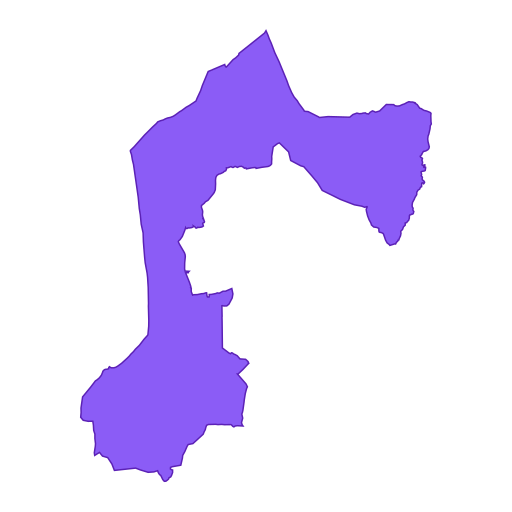 outline of Gairo, Morogoro, United Republic of Tanzania
{"feature_id": "72390352B71030681800047", "entity_name": "Gairo", "entity_type": "district", "adm_level": 2, "iso_a3": "TZA", "parent_name": "United Republic of Tanzania", "parent_adm1": "Morogoro", "projection": "natural_earth1", "projection_center": [37.057, -6.228], "detail": "fine", "context": "isolated", "style": "filled", "palette": "violet", "viewbox_px": 512, "rotation_deg": 0, "n_neighbors": 0, "source": "geoboundaries", "source_scale": "gbopen_adm2", "svg_char_len": 6076}
<svg xmlns="http://www.w3.org/2000/svg" viewBox="0 0 512 512"><path d="M95.4,380.9L91.0,386.7L82.6,396.9L81.0,408.0L81.1,412.6L80.7,417.3L83.2,420.3L88.2,421.3L92.8,421.2L93.4,425.1L93.7,430.4L94.9,434.1L94.9,438.6L95.5,443.7L95.3,446.3L94.3,452.8L94.7,455.4L99.5,452.4L102.5,456.1L107.7,457.6L111.9,464.0L114.4,470.4L135.6,468.1L140.3,469.9L148.1,472.3L153.9,471.9L157.6,470.7L158.2,472.4L159.0,473.8L159.8,474.8L160.7,475.3L162.8,479.6L164.3,481.3L165.9,481.2L167.4,480.1L168.6,479.0L169.0,477.8L170.7,476.9L171.5,475.5L172.6,472.5L172.6,470.0L171.4,469.7L170.4,469.0L170.5,467.4L172.3,466.7L180.8,465.2L182.4,458.2L182.7,455.4L184.9,451.4L187.1,446.3L188.2,444.5L192.9,443.6L203.2,434.2L204.1,431.9L205.3,429.6L205.8,427.4L206.6,425.3L208.3,424.5L215.6,424.3L217.9,424.6L221.7,424.4L224.5,424.7L231.0,424.6L232.0,425.4L232.6,426.2L233.9,426.9L235.2,426.0L237.4,425.7L243.0,426.0L242.1,424.7L241.5,422.6L242.7,418.1L241.8,414.0L242.4,412.5L242.9,410.3L244.0,402.4L244.3,399.7L245.3,393.5L246.6,388.5L247.4,386.8L246.0,383.9L237.4,374.0L238.2,373.9L242.9,369.5L248.8,363.2L248.3,362.8L248.1,361.6L245.6,359.3L240.0,358.9L237.2,355.7L235.2,354.6L233.5,353.9L232.5,353.0L230.9,352.7L231.3,352.9L230.5,353.7L229.1,353.1L222.4,348.0L222.1,321.6L222.0,316.9L222.1,316.6L221.9,305.7L222.2,305.6L224.0,306.0L226.8,305.9L228.9,304.2L232.2,298.0L232.9,293.9L231.8,288.5L225.5,291.2L223.0,291.2L219.3,293.2L217.2,292.9L215.9,293.5L211.4,294.4L209.2,294.5L209.3,295.9L209.0,297.0L207.4,296.9L207.0,295.8L206.6,292.8L206.0,292.8L203.4,293.6L201.5,293.7L197.3,294.6L193.8,294.7L192.6,295.1L191.3,291.8L191.2,290.0L191.3,288.7L190.9,288.0L191.1,288.0L190.6,285.8L189.3,282.0L185.6,272.8L188.3,272.7L188.3,272.1L189.1,271.3L185.1,271.1L184.6,269.0L184.7,262.9L185.3,256.6L185.1,254.7L184.4,252.7L179.2,243.8L178.3,241.7L178.8,240.7L180.0,239.7L182.3,236.5L184.7,230.6L185.6,227.7L185.9,228.4L186.9,228.6L188.2,227.8L188.9,228.0L191.2,227.7L192.5,227.3L193.6,226.6L193.4,225.9L195.3,227.2L195.6,227.9L196.7,228.1L197.9,227.2L198.7,227.5L201.0,227.2L202.3,226.8L203.4,226.0L202.7,223.5L203.2,222.8L204.2,222.5L204.5,221.8L204.3,221.1L203.2,219.0L203.6,219.1L202.6,216.3L202.4,214.7L202.7,211.9L202.5,210.4L201.4,207.2L201.5,205.5L204.3,203.2L205.4,201.8L208.0,200.3L213.4,193.7L214.2,192.5L215.3,189.8L215.6,184.0L215.5,180.4L215.8,177.5L216.9,175.4L218.8,174.1L220.5,173.7L222.6,172.7L223.5,172.2L224.3,171.3L225.6,170.9L226.3,169.7L226.5,168.7L226.4,167.8L227.8,167.8L231.0,166.6L232.4,167.4L233.4,167.4L234.7,166.5L235.6,166.5L237.4,167.4L239.3,166.5L241.6,166.3L243.6,167.4L244.3,168.2L245.2,168.0L246.1,168.1L246.4,168.9L252.0,167.8L254.9,167.5L255.8,167.6L256.1,168.4L261.8,167.3L268.0,166.5L269.5,165.9L270.5,165.2L271.6,163.9L271.6,161.8L271.8,158.9L271.7,156.4L273.2,146.9L277.7,143.5L279.4,142.9L288.6,151.9L290.7,160.5L300.7,165.8L303.8,166.7L311.6,175.6L317.6,182.8L322.2,190.4L340.4,199.4L354.4,204.8L361.9,206.2L364.7,207.3L366.9,206.6L367.2,206.9L366.2,209.3L366.4,211.0L367.6,215.9L369.1,219.8L370.8,222.9L371.2,224.0L371.4,224.9L373.7,227.0L376.9,227.5L378.8,228.4L378.9,231.0L379.2,232.0L379.7,232.3L381.4,232.6L383.0,233.4L383.5,234.1L385.6,240.2L386.4,241.6L387.1,242.9L389.2,244.5L389.9,245.4L395.0,243.8L395.6,244.0L396.5,242.2L397.4,241.5L398.0,240.7L398.0,240.2L398.8,240.0L399.3,238.4L400.5,235.9L401.0,233.2L400.7,231.6L400.9,231.1L402.5,229.5L403.5,226.8L405.2,225.2L405.2,223.0L406.7,222.6L407.5,221.4L408.6,220.4L409.3,218.3L409.4,215.7L409.7,215.0L410.8,214.8L411.4,214.2L412.3,214.2L413.0,213.9L413.3,213.5L413.8,211.4L413.1,210.6L412.9,209.2L413.1,208.5L412.9,207.8L412.3,207.0L412.1,205.3L412.5,202.5L414.4,199.0L414.8,197.8L416.7,194.7L416.8,192.2L417.7,190.7L418.3,189.9L419.6,189.2L420.0,188.2L420.7,187.1L421.6,186.7L421.7,183.2L422.5,182.8L423.1,183.0L423.5,183.8L424.0,183.5L424.6,182.2L423.8,180.9L422.5,179.9L422.1,179.0L422.4,177.5L422.0,176.6L421.3,176.1L421.2,175.4L421.6,174.8L421.6,174.3L421.1,172.4L421.1,171.8L421.6,171.5L424.6,170.9L425.2,170.5L425.6,168.1L425.6,167.2L425.2,167.0L424.3,167.4L423.9,167.4L423.6,166.9L423.8,166.3L424.8,165.6L424.9,164.9L424.3,164.8L422.9,165.4L422.2,165.1L422.0,164.7L422.0,164.4L422.6,162.8L422.3,160.9L422.0,160.7L421.9,160.0L422.5,158.7L422.3,158.2L421.3,157.5L420.7,157.4L420.2,156.2L421.8,154.6L421.9,153.9L423.3,151.6L423.8,151.3L424.4,151.3L425.9,150.9L427.9,149.7L428.9,148.5L429.3,146.8L428.0,141.5L427.7,138.9L428.1,135.9L428.8,134.2L430.0,128.9L430.3,125.7L431.3,124.0L431.0,121.8L430.8,115.8L431.0,113.3L430.2,112.5L429.1,112.0L426.6,111.0L423.8,110.3L421.2,108.6L419.7,108.2L417.2,104.6L414.1,102.6L414.3,102.5L412.5,102.0L410.7,102.0L408.9,101.7L406.8,102.6L404.5,103.9L402.6,104.5L399.5,105.9L397.0,106.1L394.9,105.7L393.7,104.6L386.3,104.5L379.6,111.0L375.5,112.2L373.7,111.3L372.4,110.9L370.1,112.3L368.6,114.0L366.3,113.6L365.5,112.9L363.0,113.1L362.0,113.5L359.4,113.7L356.9,113.1L353.0,114.5L349.7,117.2L328.1,116.6L319.4,117.5L318.6,116.9L308.1,111.6L304.9,111.3L304.1,110.9L303.9,110.2L298.9,103.5L297.3,100.8L294.1,97.0L291.6,92.5L288.7,85.9L286.9,80.8L279.0,61.6L274.8,52.7L271.2,43.1L269.3,38.9L268.0,35.3L266.0,30.7L264.5,33.1L239.0,53.4L238.6,55.1L235.6,57.9L233.1,59.6L226.5,66.9L226.1,67.1L224.9,65.5L224.7,64.5L208.2,71.5L202.4,85.4L200.6,90.7L197.1,98.2L196.0,101.0L189.3,105.5L186.2,107.2L181.6,110.6L179.7,111.7L175.4,114.9L173.2,116.3L170.4,117.4L167.5,118.0L165.0,119.0L163.4,119.9L160.3,120.8L157.7,121.9L156.5,123.4L152.7,126.9L144.5,135.1L134.1,146.8L130.4,150.4L130.4,151.4L131.5,154.6L132.4,160.0L133.5,164.4L138.2,197.1L139.3,208.7L140.3,214.8L141.2,224.2L143.1,232.9L143.4,241.9L144.6,257.0L145.2,262.8L147.1,273.1L147.6,277.6L148.2,287.5L148.5,303.6L148.4,306.1L148.8,320.8L148.7,326.3L147.9,334.8L147.6,335.3L144.0,339.3L139.4,345.3L135.3,349.3L133.5,351.6L130.8,354.2L129.4,356.0L127.1,358.3L121.6,363.3L117.6,366.2L115.7,367.3L113.8,367.8L111.4,367.8L110.4,367.4L109.5,366.7L108.8,367.4L108.6,368.7L107.1,369.2L105.6,369.3L104.4,369.7L102.9,371.2L102.6,372.3L101.4,375.2L99.4,377.8L97.1,379.8L95.4,380.9Z" fill="#8b5cf6" stroke="#5b21b6" stroke-width="1.5"/></svg>